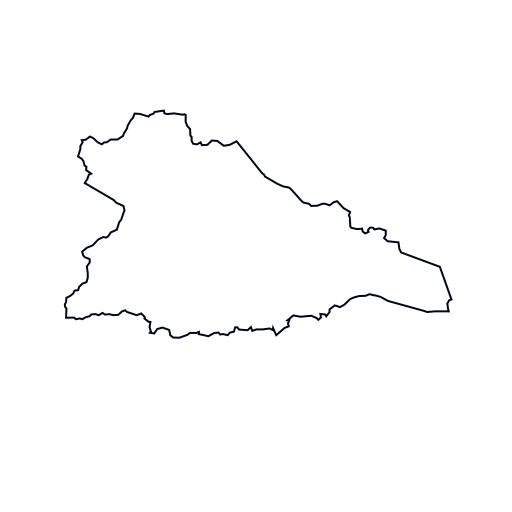 outline of Yauco, Puerto Rico, rotated 287°
{"feature_id": "32010507B94179162407819", "entity_name": "Yauco", "entity_type": "district", "adm_level": 2, "iso_a3": "PRI", "parent_name": "Puerto Rico", "parent_adm1": "", "projection": "mercator", "projection_center": [-66.863, 18.063], "detail": "fine", "context": "isolated", "style": "outline", "palette": "ink", "viewbox_px": 512, "rotation_deg": 287, "n_neighbors": 0, "source": "geoboundaries", "source_scale": "gbopen_adm2", "svg_char_len": 2982}
<svg xmlns="http://www.w3.org/2000/svg" viewBox="0 0 512 512"><g transform="rotate(287 256 256)"><path d="M141.4,92.4L143.9,99.9L142.9,102.4L144.8,105.7L144.7,108.3L147.5,110.9L149.8,114.5L152.0,115.6L153.5,119.5L153.4,122.9L156.7,125.8L155.8,128.7L157.4,132.4L157.8,137.1L159.4,141.4L163.9,144.1L165.8,146.7L164.8,148.9L164.5,159.3L167.5,163.0L165.1,167.5L163.6,167.6L161.7,172.4L162.1,174.3L156.8,175.0L153.0,177.6L151.6,177.0L152.2,181.4L153.1,181.6L157.2,182.8L160.2,187.5L159.9,194.6L155.2,197.2L153.8,200.6L155.4,206.5L160.4,213.3L163.2,215.5L164.9,221.3L166.7,223.6L164.6,224.1L165.4,233.9L170.2,238.6L171.8,242.6L170.5,244.7L171.7,247.3L172.0,252.1L175.1,253.4L177.2,257.0L181.7,256.9L182.3,259.0L180.7,261.4L182.6,269.7L186.5,271.9L183.3,274.3L185.9,277.8L187.7,283.7L190.7,290.3L190.1,293.7L192.1,293.4L186.2,298.5L195.5,304.3L198.3,307.9L200.9,306.3L204.2,306.6L203.8,305.0L210.1,309.1L210.9,316.3L215.0,326.3L214.4,332.1L213.2,334.3L216.3,336.1L219.4,334.5L220.3,339.3L218.9,340.8L223.8,342.7L226.5,342.0L230.4,344.8L231.7,345.6L231.8,348.2L231.6,351.2L235.2,354.7L241.6,358.2L242.7,359.0L245.3,362.2L247.8,366.2L250.0,372.5L252.7,375.8L252.9,380.6L253.2,381.1L253.3,387.3L251.6,395.3L252.6,431.9L252.5,436.1L255.5,443.6L259.4,456.5L261.8,455.0L265.6,453.3L266.4,452.9L270.1,453.7L271.6,455.6L299.4,435.0L301.6,397.4L301.8,393.8L304.6,391.1L310.7,388.2L308.6,377.6L310.6,373.2L313.7,374.0L318.2,372.7L318.4,365.8L316.0,361.4L317.3,359.9L316.5,356.7L313.5,355.5L312.0,356.6L309.5,353.8L310.7,350.8L313.2,349.5L311.3,345.0L310.8,339.0L311.7,337.6L320.6,334.3L321.9,333.0L325.6,333.1L327.4,325.6L332.1,317.6L330.2,314.6L326.1,311.7L326.1,306.5L325.3,304.1L322.1,300.1L320.0,294.1L321.4,291.6L321.0,286.0L321.7,283.9L329.9,270.3L331.1,267.8L330.5,261.6L331.3,255.1L334.6,241.4L336.1,240.0L337.1,237.4L339.9,233.3L347.7,222.0L348.7,220.5L360.0,203.9L354.6,198.3L352.0,193.0L354.7,185.3L353.5,180.0L348.1,177.0L346.2,171.9L348.5,169.8L345.5,167.0L345.0,163.0L347.2,160.8L351.1,159.6L351.9,158.1L358.2,155.8L360.1,152.4L363.7,149.5L370.4,147.5L370.6,146.0L369.7,144.7L368.4,135.8L365.7,129.5L365.7,126.7L368.1,125.4L364.1,116.9L362.2,116.4L359.7,113.1L357.9,112.5L357.9,103.3L356.7,98.3L352.0,97.9L349.0,96.5L342.7,95.1L340.6,95.4L334.0,93.7L332.0,93.8L326.9,89.5L324.9,83.0L321.1,80.0L320.2,77.5L317.7,75.9L318.4,71.6L321.1,65.9L321.7,62.3L317.5,59.2L315.8,55.5L314.1,57.0L309.7,55.9L306.8,56.8L299.2,56.7L297.9,61.1L296.3,63.2L292.4,65.6L291.8,67.7L288.5,68.4L286.5,74.3L284.9,72.4L280.2,72.2L275.7,70.9L267.9,103.7L266.1,106.7L265.1,114.6L261.0,117.0L259.0,116.7L251.4,116.5L248.3,115.3L240.4,115.2L236.1,110.2L231.5,108.8L229.7,107.2L229.6,104.6L225.8,100.4L218.4,96.7L214.6,92.0L209.3,88.5L206.1,90.5L204.8,92.6L204.4,97.8L201.3,98.9L196.5,97.3L190.2,100.2L185.9,101.5L181.4,101.5L179.0,98.3L174.9,95.9L171.4,95.9L169.8,92.6L166.6,92.1L163.5,90.0L160.6,86.9L156.3,87.8L153.9,87.3L151.5,88.4L150.4,90.1L141.4,92.4Z" fill="none" stroke="#020617" stroke-width="2"/></g></svg>